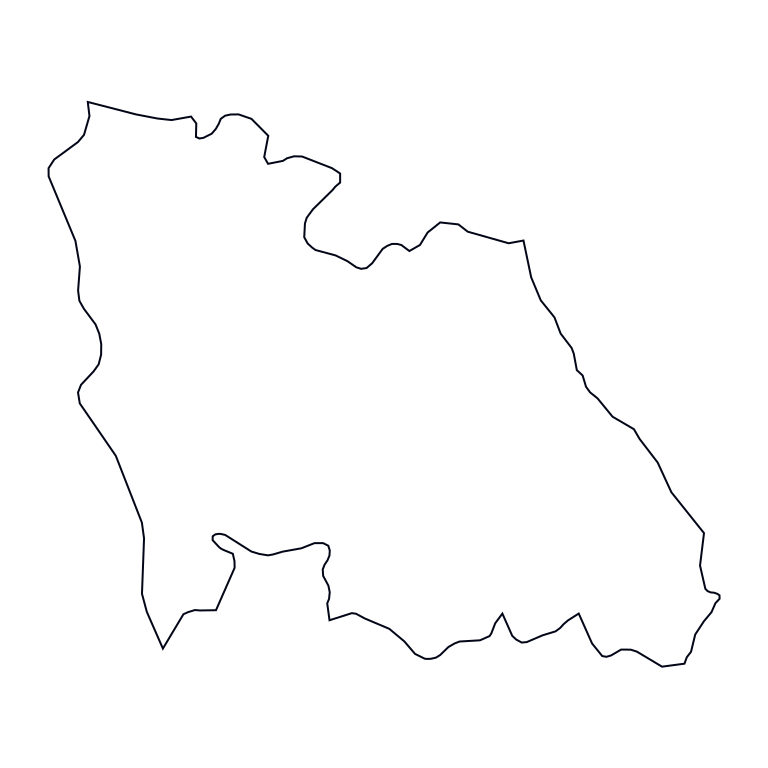 an SVG outline of Viseu, rotated 268°
{"feature_id": "PRT-755", "entity_name": "Viseu", "entity_type": "District", "adm_level": 1, "iso_a3": "PRT", "parent_name": "Portugal", "parent_adm1": "", "projection": "mercator", "projection_center": [-7.901, 40.768], "detail": "fine", "context": "isolated", "style": "outline", "palette": "ink", "viewbox_px": 768, "rotation_deg": 268, "n_neighbors": 0, "source": "natural_earth", "source_scale": "10m", "svg_char_len": 2435}
<svg xmlns="http://www.w3.org/2000/svg" viewBox="0 0 768 768"><g transform="rotate(268 384 384)"><path d="M512.0,84.2L537.8,80.6L603.2,56.1L611.4,56.3L619.9,62.3L636.5,86.6L643.5,92.9L662.1,99.0L676.2,97.8L662.1,145.5L657.2,167.0L655.2,180.9L658.0,200.5L650.9,205.5L637.5,204.7L635.8,208.1L636.3,212.1L640.2,220.6L644.9,224.9L650.1,228.1L654.7,230.1L657.7,234.6L658.7,240.2L658.5,248.1L653.6,260.8L636.1,277.0L615.0,272.2L608.1,275.8L610.5,290.7L613.0,295.0L614.7,302.1L614.2,310.1L601.5,339.6L595.9,347.5L586.9,347.2L582.9,342.2L579.7,339.4L561.1,319.1L552.9,312.6L547.2,310.6L533.5,309.4L527.1,312.6L522.8,317.0L520.3,320.2L514.2,340.1L508.0,351.8L501.6,360.4L499.9,365.2L500.5,370.6L505.1,376.4L519.1,387.4L521.9,392.0L523.7,396.8L523.5,402.1L522.3,406.2L516.0,414.0L521.7,424.8L533.9,432.9L543.5,445.8L540.9,463.9L533.3,473.0L520.3,513.5L522.5,528.4L485.5,534.8L462.1,543.6L444.6,556.7L428.2,562.3L413.4,572.8L407.7,574.7L391.1,577.2L385.6,582.8L374.2,585.8L368.4,589.7L362.2,596.9L343.3,611.3L330.1,632.2L320.2,637.5L295.9,654.8L265.8,667.4L223.8,698.6L191.5,693.5L168.1,698.0L165.7,700.2L164.3,703.3L163.9,706.7L162.6,709.9L161.1,711.9L157.7,711.9L153.4,707.6L144.5,703.3L135.8,695.5L122.8,686.3L105.7,681.5L100.4,677.1L94.0,674.5L91.8,652.0L107.7,627.4L109.9,621.3L110.3,611.7L104.8,601.5L103.6,596.8L104.5,592.6L117.4,582.9L147.8,570.6L141.3,559.6L137.7,555.1L134.0,551.5L130.8,546.8L127.3,533.7L121.1,517.7L120.8,512.6L124.0,507.2L127.8,503.4L150.4,494.3L141.0,486.8L131.1,482.6L128.4,480.7L124.5,471.0L124.0,450.5L122.2,445.4L118.9,439.2L111.2,430.7L108.7,426.3L107.8,421.6L107.7,418.3L108.0,415.2L113.2,405.6L126.1,395.3L139.1,380.8L150.4,356.5L155.4,348.0L156.1,343.8L149.8,321.3L166.8,319.6L171.2,321.6L177.8,322.5L184.4,321.4L194.3,316.5L200.8,316.3L205.5,318.3L209.8,321.4L214.4,323.5L219.5,324.0L224.3,322.7L227.1,317.6L227.4,309.0L222.7,295.7L220.0,276.9L217.5,267.1L216.8,262.1L218.5,253.5L221.2,245.6L238.7,220.0L239.7,216.2L239.9,215.2L240.0,213.3L239.6,210.2L237.8,207.5L233.9,207.3L226.5,213.7L224.9,215.7L223.5,218.4L219.6,227.0L212.2,228.4L205.5,228.3L163.8,208.2L164.1,192.2L164.7,187.2L162.8,180.1L160.9,175.5L127.3,153.8L164.6,139.0L182.8,134.8L238.1,138.8L253.9,137.2L321.5,113.5L345.9,98.0L375.2,79.3L386.2,77.9L393.8,81.2L406.7,94.2L413.6,99.5L423.1,102.3L433.7,102.8L444.2,101.2L453.6,97.8L469.5,86.8L477.7,82.5L487.2,81.6L488.6,81.6L512.0,84.2Z" fill="none" stroke="#020617" stroke-width="2"/></g></svg>